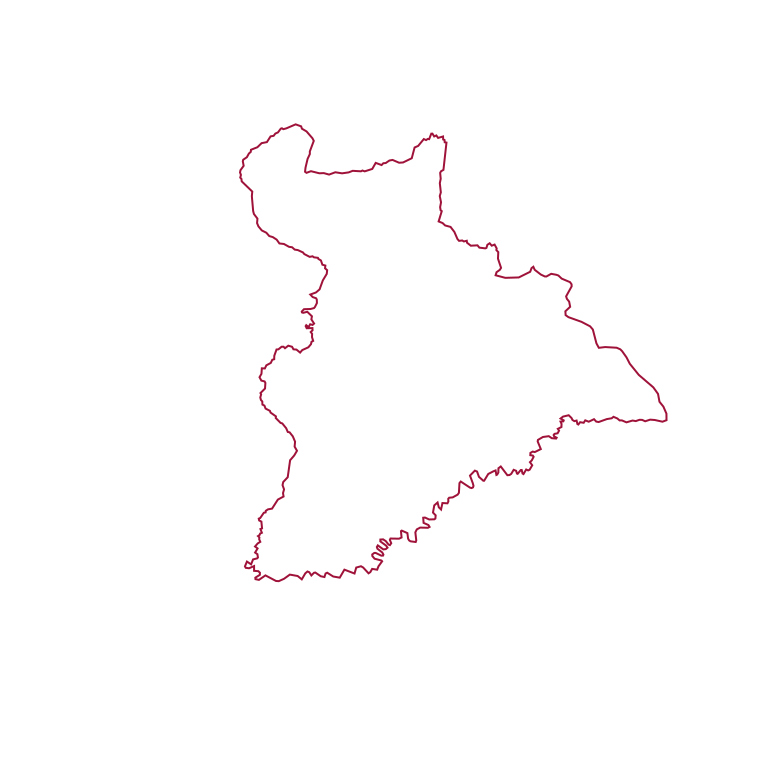 outline of Montalvo, Los Rios, Ecuador, rotated 307°
{"feature_id": "8360857B47637388687848", "entity_name": "Montalvo", "entity_type": "district", "adm_level": 2, "iso_a3": "ECU", "parent_name": "Ecuador", "parent_adm1": "Los Rios", "projection": "mercator", "projection_center": [-79.312, -1.802], "detail": "fine", "context": "isolated", "style": "outline", "palette": "rose", "viewbox_px": 768, "rotation_deg": 307, "n_neighbors": 0, "source": "geoboundaries", "source_scale": "gbopen_adm2", "svg_char_len": 6154}
<svg xmlns="http://www.w3.org/2000/svg" viewBox="0 0 768 768"><g transform="rotate(307 384 384)"><path d="M525.1,631.4L530.3,627.4L534.1,620.7L535.6,614.7L541.0,608.8L543.4,601.1L544.6,582.0L548.1,568.1L551.2,561.7L553.5,554.5L553.9,551.9L553.0,548.0L546.6,538.4L542.2,533.8L544.3,529.2L553.2,518.0L554.1,513.9L552.5,504.3L548.4,491.1L548.3,487.6L551.2,485.1L557.7,486.2L561.2,482.3L562.1,478.8L563.6,476.7L574.9,475.1L576.5,473.8L577.3,471.3L575.1,462.5L575.6,458.0L574.9,455.8L572.6,451.2L567.6,449.0L566.7,447.8L565.8,443.4L565.9,435.6L567.5,432.7L565.4,432.1L561.6,433.2L550.2,427.5L541.8,417.0L538.0,407.7L541.0,406.6L544.9,407.8L547.2,407.6L552.7,399.6L558.1,395.9L558.6,393.1L560.1,392.4L561.9,388.4L559.3,386.8L560.0,383.7L557.4,382.8L554.3,383.9L553.3,383.3L550.3,378.1L551.0,375.2L546.7,370.1L546.8,365.3L548.2,363.9L545.9,362.0L545.7,360.1L543.5,357.8L544.0,355.4L547.8,348.7L549.5,342.6L547.4,337.4L547.8,333.9L546.7,329.8L556.8,326.1L556.8,324.7L559.0,322.4L563.4,320.2L567.7,315.4L571.2,314.1L578.0,307.7L582.0,305.8L586.4,301.8L588.1,301.5L590.8,302.6L614.4,288.6L613.6,287.0L615.3,285.5L614.9,284.1L617.2,282.2L613.1,279.1L614.0,276.2L611.9,275.1L613.1,272.0L612.4,271.1L606.7,272.7L606.1,271.5L604.1,270.8L603.6,268.4L594.7,268.0L591.3,266.1L581.0,270.3L572.4,265.9L569.8,262.9L568.1,256.0L565.7,253.8L561.5,252.4L559.9,250.6L557.4,250.3L555.6,244.3L548.7,245.2L542.2,240.6L541.5,238.3L540.0,237.6L535.4,230.7L531.7,228.4L527.0,223.7L523.8,217.7L518.2,214.1L516.2,209.0L513.4,205.6L510.0,197.6L506.0,195.0L506.0,193.2L509.6,191.1L517.8,187.5L523.0,186.4L525.1,184.8L535.9,181.6L537.2,179.0L539.1,170.1L538.5,164.8L539.9,162.8L538.2,157.2L529.3,152.1L526.9,150.2L526.8,148.6L525.8,147.9L521.1,147.9L518.6,146.5L515.8,146.5L513.5,144.4L506.7,144.9L502.7,141.3L496.9,140.4L491.0,136.8L489.2,137.9L486.7,137.4L482.6,138.0L478.4,136.6L476.9,137.2L473.8,140.6L468.4,140.7L466.3,141.7L464.9,143.9L462.3,145.0L462.0,146.7L460.2,148.4L458.4,163.0L454.5,165.4L443.4,175.4L441.5,177.8L439.9,183.4L436.1,185.8L434.3,188.9L433.1,194.0L434.0,199.0L433.1,203.3L434.4,206.8L434.7,211.4L433.3,215.9L435.6,219.8L436.4,225.6L437.9,228.3L437.6,231.8L439.1,234.6L440.3,240.1L439.8,242.1L440.8,248.1L443.0,250.1L443.0,251.8L445.0,255.3L444.4,256.3L444.7,259.3L442.2,263.0L443.3,265.9L440.9,267.3L440.7,270.1L437.5,272.0L429.9,272.8L420.8,275.6L416.2,274.6L411.1,271.3L410.5,274.7L411.6,278.1L411.0,279.5L408.3,281.7L403.9,282.5L402.5,282.4L399.7,280.2L395.6,275.1L392.4,274.7L391.8,275.4L392.2,276.6L395.5,279.3L394.7,285.7L391.9,287.1L390.2,291.8L388.2,291.4L387.3,289.1L384.9,289.4L384.1,288.6L384.2,286.5L383.1,286.6L382.0,288.7L385.6,293.2L383.9,294.6L381.4,294.2L380.8,296.4L378.1,298.3L375.8,301.5L374.1,300.7L371.9,301.7L367.8,301.5L361.9,298.3L358.6,298.1L358.8,293.4L357.2,290.8L358.4,288.2L357.0,284.5L353.0,283.4L353.3,281.3L352.1,279.8L348.1,278.8L346.9,277.4L340.5,279.4L337.7,281.4L336.1,280.2L332.7,280.9L328.1,278.8L324.7,279.5L323.0,277.0L318.4,280.0L314.5,280.5L312.9,284.0L314.2,287.1L313.5,288.6L308.8,291.7L302.4,290.8L301.8,292.1L298.8,293.3L297.2,295.3L296.8,297.3L294.4,299.3L294.8,301.5L293.1,304.2L293.9,309.0L292.9,310.6L293.1,317.2L291.7,318.0L290.7,324.8L291.3,326.5L289.8,332.5L287.8,336.0L288.6,337.7L287.3,342.7L284.4,347.7L280.2,350.3L278.3,354.7L272.9,355.3L266.6,354.9L251.6,363.2L245.1,362.5L242.2,363.8L239.7,367.6L236.1,369.0L233.7,371.5L227.8,368.8L217.1,369.6L214.1,366.8L211.6,365.9L210.2,366.7L208.8,365.5L202.5,365.8L201.1,365.0L199.9,366.4L200.3,368.9L195.3,373.5L193.8,372.6L191.7,376.0L190.0,375.1L188.5,375.5L186.7,374.9L186.5,376.8L184.9,377.7L183.5,380.2L180.7,379.1L176.6,378.8L176.6,382.0L171.8,382.5L171.9,385.3L169.6,387.7L168.5,387.7L165.1,385.0L160.0,386.4L159.7,381.4L154.7,382.7L154.0,384.2L155.6,387.1L160.4,389.8L156.6,392.7L158.9,396.3L158.6,398.5L156.9,399.7L151.9,397.8L150.8,398.8L152.3,402.0L159.8,404.5L161.7,416.3L163.2,418.6L168.3,421.4L175.1,423.5L178.7,430.6L178.5,435.9L185.4,435.1L188.2,435.7L188.7,437.6L187.4,441.2L191.1,441.7L192.1,442.6L192.4,449.2L194.0,452.6L197.5,451.4L199.1,452.2L199.7,459.3L202.7,465.2L211.9,464.1L214.9,474.5L220.7,472.3L224.6,475.3L224.9,477.8L223.5,485.6L225.5,486.3L229.2,485.8L231.6,490.3L235.1,489.3L241.3,489.2L241.5,488.2L238.8,481.6L239.6,478.2L240.8,477.2L243.2,477.9L244.1,479.1L245.3,485.2L246.4,486.5L247.4,486.2L248.4,484.0L248.5,477.9L249.5,476.4L251.4,476.2L251.5,483.0L253.2,484.8L255.4,485.3L256.2,483.0L256.1,475.8L257.6,474.7L259.4,476.8L259.6,480.0L258.5,484.3L258.9,485.7L261.2,485.6L263.0,482.5L264.5,482.2L269.5,489.1L272.0,490.4L276.7,486.1L277.6,486.4L279.0,492.4L275.0,496.3L274.2,498.2L274.3,499.8L276.9,504.4L278.5,503.9L284.4,498.3L287.6,497.7L291.1,499.3L295.6,505.6L297.3,506.4L298.1,504.3L296.9,499.2L300.8,495.8L302.0,497.1L303.0,501.6L306.3,505.7L307.5,506.0L310.2,504.3L310.8,500.5L317.3,497.2L321.6,498.1L318.5,502.0L318.1,505.1L324.1,502.3L326.9,506.5L328.9,506.1L331.0,504.4L332.4,504.5L334.8,507.1L340.0,509.4L342.2,509.3L350.3,503.9L352.3,504.0L353.0,515.1L353.6,516.6L355.0,517.3L356.5,516.8L358.3,514.5L362.6,507.8L369.5,508.7L370.1,511.0L367.0,515.7L366.5,521.5L367.0,522.2L374.9,521.4L380.1,523.9L382.1,525.1L379.0,528.5L379.8,528.9L382.1,528.6L385.6,526.1L388.4,526.9L385.4,537.4L386.8,539.0L388.8,539.7L393.5,539.2L394.2,541.8L392.5,544.0L392.7,544.8L397.6,545.0L398.2,545.7L395.9,548.5L396.0,549.6L401.3,549.0L401.7,551.1L403.2,551.9L408.3,551.3L409.4,547.6L411.9,548.0L415.9,547.3L416.4,545.9L415.2,543.7L417.1,542.4L419.5,543.4L420.4,545.4L426.4,548.4L430.6,541.3L432.0,540.6L437.3,542.8L441.5,547.0L441.7,550.6L444.0,554.3L445.0,554.2L444.6,551.4L445.3,550.2L446.8,550.2L449.1,552.3L452.1,551.9L452.8,549.8L456.4,551.6L459.0,549.8L460.2,547.6L462.1,549.7L463.1,549.4L462.7,545.8L465.7,546.6L470.2,550.3L469.7,554.2L468.7,556.2L468.9,558.4L470.7,559.8L468.4,562.6L468.6,563.6L471.5,563.6L473.2,566.8L476.1,566.6L477.1,570.2L482.3,572.9L481.7,576.1L482.8,578.3L490.1,583.1L493.7,586.5L495.9,587.0L496.9,591.1L496.7,594.1L498.1,595.9L499.3,600.7L504.4,604.5L505.9,607.4L509.2,609.6L510.7,611.8L511.4,615.0L515.7,618.0L518.2,621.9L521.5,629.1L525.1,631.4Z" fill="none" stroke="#9f1239" stroke-width="2"/></g></svg>